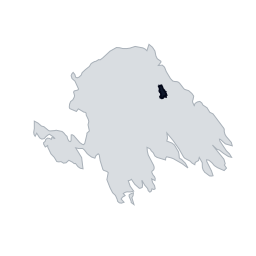 Clonmel Lea-6, South Tipperary, Ireland shown in context, rotated 246°
{"feature_id": "5873133B92234253465118", "entity_name": "Clonmel Lea-6", "entity_type": "district", "adm_level": 2, "iso_a3": "IRL", "parent_name": "Ireland", "parent_adm1": "South Tipperary", "projection": "robinson", "projection_center": [-7.699, 52.42], "detail": "fine", "context": "in_parent", "style": "filled", "palette": "ink", "viewbox_px": 256, "rotation_deg": 246, "n_neighbors": 0, "source": "geoboundaries", "source_scale": "gbopen_adm2", "svg_char_len": 5970}
<svg xmlns="http://www.w3.org/2000/svg" viewBox="0 0 256 256"><g transform="rotate(246 128 128)"><path d="M163.4,51.7L157.8,54.5L157.0,55.6L155.4,60.1L155.2,61.4L151.7,66.3L149.8,67.3L146.8,68.1L145.2,68.9L143.0,68.5L140.4,68.6L139.1,69.5L139.1,70.2L139.9,71.0L144.8,73.3L144.6,74.2L143.2,75.3L134.3,78.0L131.7,79.6L130.8,80.7L131.7,82.4L138.8,87.8L140.0,88.4L141.0,91.5L147.2,92.8L149.8,94.8L152.0,95.2L156.8,95.1L158.7,95.8L159.8,95.2L160.4,94.2L165.7,90.4L164.1,87.6L169.4,82.7L170.9,82.8L173.5,84.3L175.5,86.3L176.2,89.1L178.2,91.6L179.5,92.4L182.9,92.9L183.7,93.9L183.1,97.5L183.7,98.7L192.4,98.6L195.9,97.0L198.9,97.3L200.4,98.9L201.1,100.5L198.5,101.2L195.8,100.8L194.5,101.9L194.4,104.0L195.3,106.7L197.2,108.6L198.7,112.9L199.9,117.7L201.9,120.6L202.3,124.2L202.0,125.9L202.4,129.1L201.6,130.2L202.2,133.2L205.5,142.8L206.2,150.2L204.7,153.0L202.6,155.7L201.2,158.8L200.2,162.2L199.6,167.7L195.1,174.2L193.1,175.8L190.9,176.7L195.9,181.2L191.8,183.2L187.4,183.9L182.5,182.8L179.4,182.9L175.6,185.2L174.7,184.8L172.8,181.1L171.5,184.9L168.7,186.1L163.9,185.9L155.8,186.9L152.7,188.0L151.4,189.7L150.4,191.6L149.2,192.8L147.7,193.4L141.5,194.9L140.3,195.4L137.4,198.6L133.6,200.4L130.4,201.0L127.7,199.1L126.5,198.0L125.2,197.5L120.9,197.6L122.3,198.1L123.2,199.4L123.6,201.9L123.1,204.4L120.9,205.6L118.4,205.8L114.4,208.4L109.1,209.1L106.3,211.4L88.8,215.4L87.8,215.4L85.4,214.4L82.8,214.0L80.2,214.3L72.9,216.5L69.3,216.0L73.9,210.5L80.0,207.8L80.6,207.0L78.7,206.6L67.1,208.6L63.1,210.2L59.1,210.7L61.0,208.2L66.2,204.8L70.7,202.5L72.6,200.5L78.1,198.2L60.5,202.9L55.9,202.3L54.9,201.0L51.3,201.7L50.0,198.5L55.4,193.6L58.5,191.6L62.2,190.5L65.7,188.8L67.0,186.9L65.4,186.3L54.8,186.8L49.8,186.3L50.1,184.8L51.0,183.1L56.3,180.1L59.2,179.6L61.7,179.9L66.1,181.7L72.1,181.1L69.6,179.2L69.2,175.4L67.3,174.1L69.8,172.3L72.6,171.2L77.2,167.6L78.9,167.0L88.0,166.1L97.9,164.2L107.7,161.5L102.7,160.0L100.3,158.1L96.4,162.0L93.6,163.5L85.8,164.4L83.3,163.9L79.8,162.7L78.8,163.1L77.7,164.1L72.5,166.1L67.1,166.5L73.5,162.9L81.6,156.9L83.4,155.0L86.0,151.6L85.2,150.2L83.5,149.3L89.4,142.5L91.5,141.2L95.2,141.0L97.9,139.9L99.1,139.9L100.2,139.5L102.6,137.5L98.9,136.2L95.1,135.5L83.4,136.2L81.8,136.0L80.4,135.4L79.4,134.5L78.7,132.2L77.9,131.7L75.2,131.7L72.6,132.4L70.8,132.3L69.0,131.3L71.9,128.9L68.2,128.3L64.5,128.8L61.4,128.1L61.3,126.6L62.7,125.1L60.9,123.7L60.5,121.9L62.5,121.0L64.7,121.3L69.1,120.0L74.7,119.4L69.9,118.1L68.0,116.9L67.9,115.2L68.3,113.8L73.9,111.3L79.8,110.2L79.4,108.6L79.8,106.8L73.9,106.3L68.0,107.5L68.6,104.2L70.1,101.1L70.4,99.1L70.1,97.0L67.4,97.9L67.1,94.9L65.9,92.8L61.8,94.2L62.0,91.5L63.2,89.6L65.3,88.7L67.4,89.1L71.4,89.1L75.2,87.6L80.7,87.3L89.4,87.7L95.3,91.8L96.9,91.0L99.3,88.5L100.4,88.2L109.5,89.3L115.1,90.8L116.6,90.3L115.8,87.5L113.9,85.5L116.3,82.9L119.3,81.2L121.2,80.3L125.8,79.2L127.8,78.2L129.1,74.9L131.2,72.1L119.8,73.6L109.0,70.3L110.7,68.0L113.0,66.6L117.0,65.6L117.3,64.4L119.3,63.4L122.6,60.8L121.4,57.3L122.1,54.8L124.5,53.2L125.2,51.0L126.3,49.3L131.1,48.7L135.7,47.1L142.9,46.9L144.7,47.5L144.3,44.7L147.6,44.4L148.9,44.9L149.5,46.9L151.0,48.2L151.5,50.3L150.5,52.0L148.8,53.3L150.3,54.6L147.9,57.1L150.5,56.0L154.3,53.7L154.1,51.7L153.4,49.3L152.4,47.2L152.9,44.8L154.9,43.3L160.4,42.5L158.2,39.8L160.2,39.5L162.4,40.1L165.6,42.2L172.4,45.2L169.1,47.8L165.0,49.7L163.4,51.7ZM66.8,105.3L66.6,106.6L64.0,105.0L62.8,103.2L55.6,102.3L58.6,100.6L60.0,101.1L65.1,101.2L66.5,101.9L66.8,105.3Z" fill="#d9dde1" stroke="#a8b0b8" stroke-width="1"/><path d="M141.2,171.9L141.1,172.1L141.1,172.3L141.6,172.4L141.6,172.5L141.7,172.4L141.8,172.4L141.9,172.5L142.1,172.9L142.2,173.0L142.2,173.3L142.3,173.6L142.5,173.6L142.5,173.8L142.5,174.0L142.4,174.1L142.2,174.1L142.1,174.3L141.9,174.4L141.7,174.4L141.6,174.5L141.4,174.8L141.2,175.0L141.3,175.0L141.1,175.0L141.0,175.3L140.9,175.3L140.9,175.5L141.1,175.5L141.1,175.4L141.3,175.4L141.4,175.5L141.5,175.4L141.5,175.5L141.8,175.6L142.0,175.6L142.3,175.5L142.5,175.5L142.5,175.4L142.6,175.5L142.6,175.8L142.4,175.8L142.2,175.9L142.3,176.1L142.3,176.3L142.8,176.4L142.8,176.6L143.0,176.7L142.9,176.7L143.0,176.6L142.9,176.6L143.0,176.6L143.3,176.7L143.3,176.8L143.6,176.8L143.8,176.9L144.0,176.9L144.3,176.9L144.5,176.9L144.8,176.9L145.1,176.8L145.1,176.7L145.3,176.6L145.5,176.6L145.8,176.6L146.1,176.7L146.1,176.8L146.2,176.7L146.3,176.7L146.5,176.7L146.4,176.6L146.6,176.6L146.8,176.6L147.0,176.5L147.1,176.4L147.4,176.4L147.5,176.4L147.4,176.2L147.8,176.1L148.1,176.2L148.4,176.2L148.6,176.1L148.9,176.2L149.0,176.1L149.3,176.0L149.6,176.0L149.8,176.0L150.0,175.9L150.5,176.0L151.1,176.2L151.3,176.2L151.6,176.0L151.9,176.0L152.0,176.1L152.4,176.1L152.5,176.1L152.9,176.1L152.8,175.9L153.1,175.8L153.3,175.8L153.3,175.7L153.3,175.4L153.2,175.3L153.2,175.2L153.3,175.2L153.5,175.3L153.5,175.2L153.8,174.9L153.8,174.7L154.0,174.6L153.9,174.6L153.8,174.4L153.8,174.2L153.7,173.7L153.7,173.4L153.8,173.4L153.7,173.3L153.7,173.2L153.8,173.2L153.7,173.0L153.7,172.9L153.3,172.9L153.0,172.9L152.8,172.9L152.7,172.9L152.4,172.9L152.4,173.0L152.3,172.9L151.7,172.9L151.3,172.9L151.1,172.7L150.9,172.7L150.5,172.9L150.4,172.6L150.1,172.4L150.1,172.2L149.9,172.0L149.7,171.9L149.5,171.7L149.4,171.7L149.2,171.6L149.3,171.6L149.2,171.5L149.3,171.5L149.2,171.5L148.9,171.6L148.7,171.6L148.4,171.7L148.2,171.7L148.2,171.8L148.2,172.1L148.1,172.3L147.8,172.3L147.7,172.2L147.5,171.9L147.4,172.0L147.2,172.0L146.9,172.0L146.9,171.9L146.5,172.0L146.5,171.9L146.4,171.9L146.3,172.0L146.2,171.9L145.9,171.9L145.8,172.0L145.6,171.9L145.4,171.9L145.4,171.7L145.2,171.6L144.9,171.7L144.7,171.5L144.6,171.4L144.4,171.4L144.4,171.2L144.2,170.9L144.0,170.7L143.9,170.7L143.9,170.2L143.0,170.2L143.3,170.0L143.3,169.8L143.0,169.8L142.8,169.8L142.7,169.8L142.4,169.8L142.4,170.0L142.3,170.3L142.3,170.6L142.1,170.5L141.9,170.5L141.8,170.8L141.7,170.8L141.3,170.9L141.3,171.0L141.2,171.0L141.1,171.4L141.2,171.6L141.2,171.9Z" fill="#0f172a" stroke="#020617" stroke-width="1.5"/></g></svg>